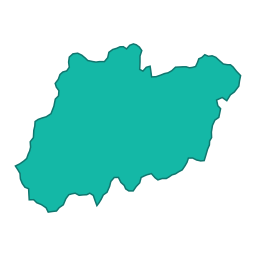 the district of Manhumirim, Minas Gerais, Brazil
{"feature_id": "56859067B26961543246677", "entity_name": "Manhumirim", "entity_type": "district", "adm_level": 2, "iso_a3": "BRA", "parent_name": "Brazil", "parent_adm1": "Minas Gerais", "projection": "equal_earth", "projection_center": [-41.937, -20.349], "detail": "fine", "context": "isolated", "style": "filled", "palette": "teal", "viewbox_px": 256, "rotation_deg": 0, "n_neighbors": 0, "source": "geoboundaries", "source_scale": "gbopen_adm2", "svg_char_len": 1985}
<svg xmlns="http://www.w3.org/2000/svg" viewBox="0 0 256 256"><path d="M48.2,212.1L52.3,211.5L56.5,211.0L59.2,207.6L63.3,204.8L65.9,198.6L68.8,194.7L71.9,193.8L75.2,193.2L79.1,195.3L82.9,194.9L86.8,194.7L89.8,193.2L93.3,195.4L95.1,200.7L96.9,205.6L99.0,202.8L101.1,199.4L103.3,194.9L107.0,192.3L109.6,186.3L110.8,181.5L114.2,177.5L118.4,177.4L120.9,182.4L124.2,185.4L125.7,188.9L128.8,190.9L133.2,190.9L136.2,186.5L139.7,182.8L141.1,177.5L144.1,176.0L146.9,174.8L151.4,173.6L155.1,177.8L157.9,179.9L162.2,178.5L166.3,178.5L169.2,176.8L171.9,174.9L175.5,173.8L178.6,171.8L182.2,169.9L185.1,165.6L187.0,162.3L188.4,158.1L192.6,158.0L196.6,160.0L200.7,160.9L204.2,160.6L205.8,155.3L207.6,149.1L209.4,145.0L209.6,141.0L211.6,137.6L211.4,132.0L212.5,125.3L214.9,120.1L218.8,117.4L220.6,108.7L217.8,105.7L216.6,100.0L222.2,97.5L226.8,100.7L230.4,94.8L234.4,91.9L238.8,86.1L239.5,81.0L240.6,75.6L236.5,71.3L233.1,67.0L230.5,64.8L227.3,64.7L223.3,64.0L219.1,60.3L215.8,57.3L212.1,55.8L208.4,56.3L204.8,54.7L201.8,57.5L198.8,58.8L197.4,62.7L195.6,66.5L192.4,67.4L189.4,67.8L186.2,66.8L183.2,66.8L179.3,67.0L175.5,67.2L171.8,70.7L168.1,72.8L164.4,73.6L160.7,75.1L156.1,76.7L151.6,76.9L150.8,70.9L150.1,66.2L146.3,67.3L142.9,71.1L139.7,69.4L140.0,62.3L140.0,56.0L141.8,50.6L139.4,47.1L136.3,44.8L133.4,43.9L129.7,45.3L126.6,48.9L123.3,46.7L120.0,46.8L116.7,48.3L112.7,49.5L108.9,52.3L107.7,57.7L104.4,61.6L99.5,61.6L96.0,62.1L92.4,61.5L87.7,60.5L85.3,58.1L81.8,55.2L77.7,53.2L73.0,53.8L69.3,57.1L68.6,62.1L69.3,67.2L66.7,70.9L62.8,72.0L60.0,74.5L58.3,79.3L55.2,83.4L56.3,87.1L58.9,90.7L58.5,95.9L55.3,99.1L53.9,106.2L51.0,113.7L46.2,116.8L42.0,118.0L38.2,119.4L35.1,121.5L34.8,126.0L33.8,130.3L33.4,137.6L30.2,141.8L30.6,147.1L29.7,150.9L28.2,154.2L26.7,158.5L23.7,161.1L19.7,163.9L15.4,166.0L18.0,170.0L20.0,173.4L20.4,178.9L22.3,183.5L24.9,187.2L28.6,188.7L28.9,194.3L29.2,199.8L33.7,199.7L36.7,202.7L41.4,204.6L46.1,207.8L48.2,212.1Z" fill="#14b8a6" stroke="#0f766e" stroke-width="1.5"/></svg>